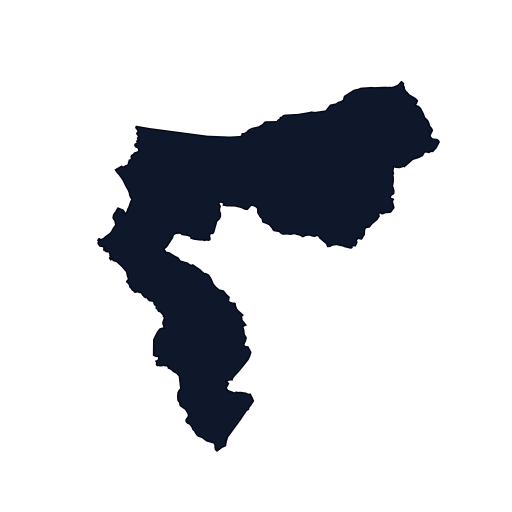 Mfantseman Municipal, Central, Ghana (Albers equal-area conic projection), rotated 191°
{"feature_id": "2480657B5340678211162", "entity_name": "Mfantseman Municipal", "entity_type": "district", "adm_level": 2, "iso_a3": "GHA", "parent_name": "Ghana", "parent_adm1": "Central", "projection": "albers", "projection_center": [-1.11, 5.277], "detail": "fine", "context": "isolated", "style": "filled", "palette": "ink", "viewbox_px": 512, "rotation_deg": 191, "n_neighbors": 0, "source": "geoboundaries", "source_scale": "gbopen_adm2", "svg_char_len": 6124}
<svg xmlns="http://www.w3.org/2000/svg" viewBox="0 0 512 512"><g transform="rotate(191 256 256)"><path d="M414.0,241.5L413.2,241.8L413.5,238.7L413.1,237.8L410.9,235.9L409.1,236.2L406.9,235.7L406.5,233.0L405.7,233.5L405.4,232.7L404.9,233.1L404.5,232.1L403.9,231.8L400.6,232.0L400.2,231.4L400.1,230.3L399.2,229.8L399.4,228.7L398.6,227.9L399.3,226.1L398.1,224.7L397.7,225.4L396.9,225.1L396.5,225.8L396.1,225.9L395.6,225.6L395.5,224.6L395.2,224.4L391.3,223.8L385.6,220.3L380.5,216.3L379.7,215.3L378.5,212.2L376.8,209.3L377.2,207.5L378.0,206.6L378.0,206.0L376.4,205.2L374.6,203.4L374.1,202.0L373.4,201.1L372.3,200.6L371.0,199.1L369.5,198.5L368.2,197.5L367.2,197.5L365.4,198.5L363.7,198.0L362.0,198.2L360.7,197.4L360.0,196.2L358.7,195.5L358.0,194.7L356.6,194.2L355.1,194.4L354.0,193.2L352.1,191.9L348.3,192.1L347.5,191.2L346.3,188.8L344.5,188.5L344.0,185.8L342.4,184.9L341.2,183.3L339.1,183.0L335.6,180.3L335.5,179.2L334.0,178.2L334.7,172.5L332.2,167.7L334.4,167.1L336.4,165.9L338.1,162.6L340.4,154.4L337.6,139.1L335.1,138.4L332.7,138.9L332.0,137.2L332.0,135.4L332.9,134.3L334.1,133.7L333.1,132.6L333.0,130.3L331.8,129.6L330.5,130.1L329.7,129.9L327.0,130.5L325.8,131.5L324.6,130.9L323.4,131.1L322.7,132.1L321.9,132.1L322.0,131.1L320.8,130.4L320.8,129.6L320.5,129.2L318.4,129.0L317.4,128.2L316.6,128.3L315.3,127.1L311.2,125.7L308.3,123.5L304.5,111.4L305.7,109.4L306.4,107.1L306.1,103.4L305.1,99.8L304.6,99.0L303.1,97.9L301.8,94.7L295.9,92.1L292.9,88.8L292.0,87.3L291.7,85.8L293.3,82.1L293.2,80.9L292.7,79.9L291.0,78.8L289.2,78.5L288.4,78.0L286.2,76.1L284.9,73.8L283.1,72.7L280.1,69.3L278.4,68.3L274.0,67.6L269.2,65.2L261.5,64.5L260.1,62.8L259.7,60.6L259.0,58.7L258.4,58.0L257.1,57.2L253.1,61.6L249.8,64.0L249.9,68.4L249.5,72.8L240.3,92.3L236.0,102.5L234.3,103.9L233.9,106.9L233.1,107.9L230.9,113.1L233.0,116.4L233.6,116.8L235.2,119.2L237.4,118.6L239.7,119.3L244.9,119.1L247.9,118.4L249.6,118.5L250.7,117.3L258.0,118.5L260.2,120.6L258.7,125.6L261.5,127.4L258.1,129.5L255.8,129.9L256.0,130.8L254.9,133.5L250.9,140.0L247.1,147.1L244.1,152.9L243.2,156.4L242.8,160.5L246.7,165.3L248.9,164.7L251.3,166.4L250.2,170.9L250.1,173.9L252.7,176.7L253.9,180.8L255.7,184.3L252.8,186.3L257.5,190.2L258.8,194.1L257.7,195.5L263.0,198.6L265.1,200.3L267.1,203.8L267.2,205.0L268.0,205.5L270.3,205.1L273.5,205.6L274.5,206.6L274.6,210.4L278.1,212.6L281.3,215.4L285.5,215.5L289.2,217.4L292.5,220.0L296.1,225.2L299.0,228.2L302.0,229.1L303.2,228.7L306.7,230.5L308.0,231.5L316.4,235.2L317.3,234.6L318.2,234.4L319.7,234.7L321.7,235.9L329.4,236.5L332.4,239.3L335.6,240.1L342.2,242.6L344.9,242.3L347.9,245.3L345.6,248.0L341.5,258.0L341.4,260.2L341.0,261.3L338.5,263.4L338.3,263.2L334.8,264.1L333.7,263.8L332.8,263.0L327.6,263.3L323.9,262.8L323.1,261.1L319.9,260.8L313.6,261.2L311.9,261.7L309.5,261.5L307.7,262.4L305.6,262.4L304.4,263.3L304.6,264.8L305.2,265.7L305.5,267.1L305.5,268.8L304.4,269.6L302.8,269.9L302.1,271.1L301.2,282.7L299.1,285.5L298.5,288.0L299.1,291.1L300.3,292.7L300.9,295.6L300.6,298.0L302.5,300.0L302.4,301.6L301.4,302.2L298.5,302.2L297.7,301.4L297.7,299.8L294.3,299.8L286.4,301.2L280.0,301.0L275.7,299.9L273.4,300.2L271.1,304.2L269.7,305.3L266.7,304.8L264.9,304.2L263.7,303.3L263.2,302.3L262.4,298.8L259.3,295.3L257.2,294.0L255.6,290.7L252.1,290.2L248.7,289.3L245.4,286.6L244.0,284.9L242.8,284.4L237.7,284.6L236.6,283.7L234.0,282.6L230.4,283.6L226.2,284.0L222.1,285.6L220.4,285.1L216.7,285.0L213.7,283.9L211.3,285.8L208.7,286.6L207.0,286.9L205.1,286.5L202.4,286.5L200.6,287.6L198.6,288.0L196.7,285.9L188.9,281.5L187.5,279.0L185.3,279.5L183.5,281.2L179.1,282.8L174.4,282.5L173.5,282.8L170.9,282.2L164.4,281.9L163.4,282.7L164.1,284.4L160.5,285.0L159.6,288.7L160.8,290.6L159.2,292.9L155.7,292.8L153.9,297.7L154.5,302.6L153.8,304.8L150.3,306.2L148.4,309.9L144.3,314.9L142.8,318.5L143.7,320.8L143.4,321.6L142.6,322.2L140.5,321.5L139.6,321.7L137.4,323.3L132.8,324.5L132.0,325.3L130.0,329.5L129.9,329.9L132.7,335.6L132.4,337.1L131.9,337.6L132.0,337.9L135.0,338.3L135.5,339.5L135.1,341.3L132.8,343.6L133.1,346.4L135.5,350.8L135.5,355.2L136.5,359.9L137.4,361.6L136.9,362.8L137.0,363.7L137.4,364.6L138.0,364.9L137.9,370.2L135.7,369.8L132.1,370.2L128.3,372.3L127.5,372.0L120.7,380.8L115.0,383.9L111.8,386.4L110.9,389.3L109.7,390.6L107.5,390.8L106.3,390.5L104.3,392.1L102.4,392.4L99.8,396.8L98.0,402.9L99.0,404.0L100.5,404.8L105.5,404.5L108.0,406.6L108.2,408.0L106.8,412.9L108.1,414.7L110.5,416.6L111.7,419.3L113.5,421.7L117.0,424.0L118.7,427.1L122.5,432.0L125.0,433.8L126.1,433.8L128.6,434.6L127.7,436.5L127.2,439.2L129.8,441.0L136.5,443.3L139.2,445.5L140.3,446.0L142.4,448.4L142.7,450.0L144.1,451.6L144.1,453.4L146.5,454.8L149.2,450.5L153.0,448.0L155.7,447.0L157.4,446.9L159.4,446.2L160.6,446.3L171.9,443.6L174.7,443.3L184.9,440.6L187.2,439.1L190.6,437.7L192.3,436.4L199.6,429.5L199.8,425.7L201.9,423.6L204.1,422.7L206.2,420.5L211.7,418.2L215.1,411.6L225.4,408.0L229.5,407.7L230.2,407.1L241.4,402.9L254.8,399.5L256.1,398.6L256.9,397.0L258.4,396.6L258.4,395.3L260.4,393.2L260.7,392.2L261.3,391.7L272.4,389.3L273.3,388.4L273.7,387.0L277.7,383.2L284.3,380.3L286.7,378.5L286.9,378.0L287.7,377.4L288.1,376.3L290.2,374.2L292.9,373.3L293.0,372.8L292.4,372.2L292.5,371.6L294.2,370.1L304.5,367.5L326.7,364.1L384.4,360.6L398.2,360.3L398.4,359.0L395.2,356.2L396.4,353.7L396.2,353.1L395.2,352.4L393.8,350.5L394.8,349.2L394.6,348.5L393.2,346.9L393.3,346.2L394.4,346.6L394.9,346.0L394.0,345.2L393.9,344.7L396.0,342.5L395.9,341.2L394.7,340.1L393.8,340.1L392.3,339.4L391.4,338.5L391.3,336.6L391.6,335.7L395.0,333.8L395.6,332.3L397.3,330.9L397.5,329.5L396.6,328.0L397.0,327.5L397.1,326.7L398.0,325.9L398.6,325.9L399.0,320.9L400.1,320.0L400.7,320.0L402.7,318.1L404.1,317.9L405.0,318.4L410.4,313.8L407.8,311.1L406.0,310.0L401.1,305.4L397.0,299.9L393.5,295.8L392.1,293.4L391.7,292.0L389.9,289.2L388.3,288.9L389.3,285.1L390.1,279.3L390.7,277.8L390.9,275.5L391.8,272.7L392.6,272.8L395.1,275.6L400.6,276.7L401.6,274.3L401.4,274.1L403.6,269.3L403.6,266.4L402.9,265.2L401.3,263.8L399.5,259.8L401.6,255.1L402.2,252.6L403.5,250.2L408.0,245.4L408.7,244.1L411.4,242.4L412.1,242.4L412.9,243.1L413.8,242.6L414.0,241.5Z" fill="#0f172a" stroke="#020617" stroke-width="1.5"/></g></svg>